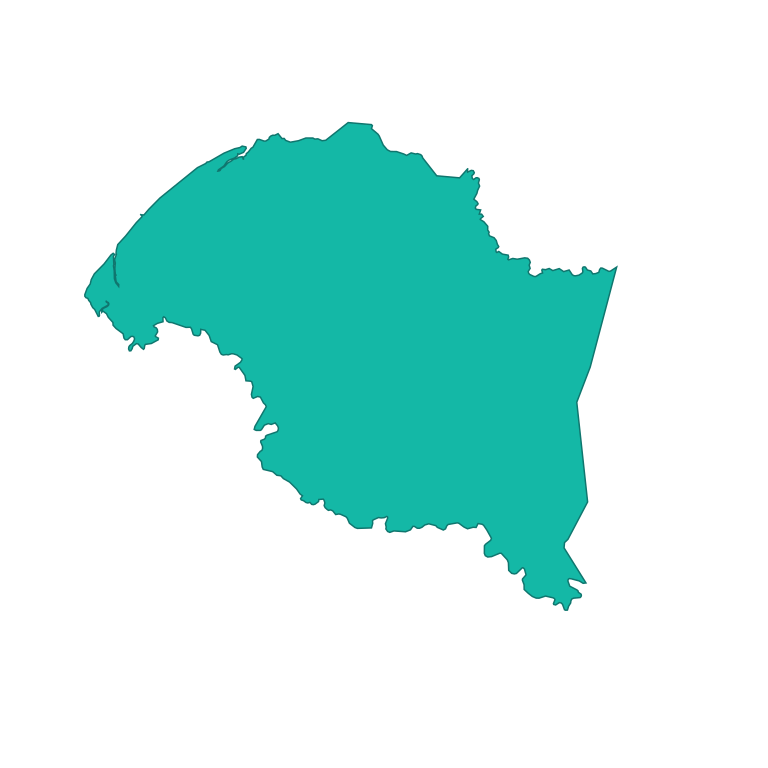 Los Santos, Los Santos, Panama, rotated 252°
{"feature_id": "35544464B37461869790758", "entity_name": "Los Santos", "entity_type": "district", "adm_level": 2, "iso_a3": "PAN", "parent_name": "Panama", "parent_adm1": "Los Santos", "projection": "orthographic", "projection_center": [-80.429, 7.876], "detail": "fine", "context": "isolated", "style": "filled", "palette": "teal", "viewbox_px": 768, "rotation_deg": 252, "n_neighbors": 0, "source": "geoboundaries", "source_scale": "gbopen_adm2", "svg_char_len": 6159}
<svg xmlns="http://www.w3.org/2000/svg" viewBox="0 0 768 768"><g transform="rotate(252 384 384)"><path d="M300.7,269.2L299.3,269.5L297.9,271.4L295.4,273.2L294.4,274.8L294.3,277.0L291.9,278.0L291.1,279.5L291.0,281.2L292.4,285.4L294.3,286.3L293.3,290.6L292.0,291.1L289.2,291.0L286.8,289.5L284.6,289.8L282.3,291.1L281.0,292.1L280.8,294.2L279.3,296.0L274.8,297.7L274.4,300.7L273.6,302.3L269.6,306.7L267.7,307.6L262.3,308.1L256.5,312.0L254.9,314.1L251.0,327.6L254.9,330.2L257.5,330.8L258.1,331.8L258.7,337.5L257.5,339.9L256.8,343.0L257.2,345.7L256.5,346.3L255.4,346.1L250.7,342.2L247.3,341.9L245.6,341.0L242.6,341.9L241.1,343.7L241.2,348.0L236.8,358.8L237.1,364.1L239.7,367.5L239.1,369.0L236.6,371.0L235.8,373.2L236.0,375.8L237.3,379.2L237.2,383.4L233.3,389.5L231.2,390.4L226.8,395.3L227.2,397.7L229.7,399.9L230.6,401.6L229.3,410.8L228.4,412.2L223.2,415.9L220.5,418.7L220.2,424.5L219.1,427.3L222.2,430.3L220.3,434.0L218.8,435.1L213.2,436.7L204.1,438.5L202.4,437.2L200.2,431.0L199.1,429.5L191.9,427.1L189.4,427.3L187.4,429.2L186.6,433.0L187.3,441.6L186.8,443.2L178.7,446.9L175.6,447.1L168.2,445.0L164.5,446.9L163.1,449.3L162.9,451.4L166.5,458.8L166.0,459.7L164.6,460.4L158.6,460.1L155.8,455.5L154.7,455.0L149.8,455.2L145.3,453.8L140.4,456.5L136.1,459.4L133.4,462.5L132.4,465.3L132.4,472.1L128.3,478.9L127.2,479.8L126.1,480.0L122.8,477.3L121.9,477.3L120.8,479.0L121.9,483.1L121.1,484.8L119.3,485.7L113.5,485.9L112.7,486.9L112.3,488.6L115.6,490.9L118.0,493.8L120.1,494.8L121.5,496.2L121.7,498.2L120.3,504.5L120.9,505.7L122.0,506.4L123.2,506.5L125.8,504.5L127.3,504.6L128.5,503.9L134.3,498.2L139.9,498.0L141.3,498.9L141.7,500.1L140.8,502.0L136.4,508.8L132.9,511.8L132.4,514.6L172.5,504.6L177.4,506.7L179.4,510.9L208.9,541.2L307.1,561.7L336.3,585.3L423.3,641.4L421.4,634.3L421.6,632.7L426.6,627.6L427.3,626.1L426.3,624.5L423.8,622.8L423.6,619.5L424.2,616.6L427.6,615.6L429.6,612.6L432.9,611.7L433.6,610.5L433.6,609.4L432.6,608.4L429.2,607.8L428.3,606.8L427.3,603.1L427.7,599.5L428.4,598.0L429.8,596.8L435.2,595.3L435.4,589.6L439.6,586.3L439.7,579.6L442.8,576.8L442.8,573.0L444.2,570.1L443.6,569.3L440.6,569.1L440.6,566.7L439.3,561.6L439.9,559.9L443.2,556.4L444.6,555.8L446.4,555.9L448.8,558.7L452.2,558.8L454.5,560.7L457.0,560.6L459.2,559.5L460.5,556.8L461.5,549.3L463.6,545.3L463.6,540.8L464.4,540.3L466.3,541.8L468.2,541.9L470.9,536.8L474.6,534.1L474.2,532.0L475.0,531.5L477.6,531.9L478.5,534.9L479.3,535.6L481.7,535.0L485.8,535.1L489.1,533.9L492.3,530.1L494.6,529.9L495.9,530.9L498.4,530.2L501.9,531.4L507.3,529.2L510.7,526.4L511.4,526.9L512.7,530.2L515.4,529.3L516.1,527.1L519.7,529.7L521.6,525.7L523.1,525.2L524.9,526.4L525.7,528.6L526.5,529.2L528.7,528.7L532.0,526.5L536.5,531.2L539.2,532.9L542.7,536.1L545.9,535.9L548.8,537.8L550.2,537.8L551.4,536.4L551.7,535.2L550.8,532.5L552.2,531.5L554.9,531.9L556.2,534.5L557.2,535.2L559.3,534.8L560.2,533.0L559.7,529.0L562.0,529.6L563.1,530.5L556.7,519.6L565.7,498.5L587.0,490.7L589.2,490.6L590.8,489.8L592.8,487.0L592.9,485.3L595.4,481.2L594.4,476.2L596.7,473.8L601.2,467.7L603.1,462.1L605.7,459.5L611.5,457.1L621.3,456.1L623.4,455.5L630.7,451.0L633.3,452.8L634.6,452.2L643.7,430.7L633.8,403.9L634.5,400.3L637.6,396.9L638.3,393.9L639.9,392.4L642.1,385.7L641.8,377.9L642.9,369.7L646.1,365.7L648.3,365.0L649.0,362.8L654.8,360.6L654.3,357.0L655.0,355.0L654.8,352.9L654.0,351.2L652.5,350.2L651.6,346.6L652.1,345.0L655.1,341.1L655.7,339.1L649.7,332.5L649.2,330.5L646.6,326.7L645.6,324.2L644.1,323.4L643.2,320.4L640.7,319.7L644.0,319.4L644.5,316.5L644.0,312.8L644.3,310.5L643.2,307.6L642.5,303.8L640.1,299.5L639.3,295.8L637.8,294.2L637.6,292.9L637.8,291.8L638.9,292.8L640.8,299.1L644.1,303.4L644.9,306.2L645.1,311.5L646.2,315.2L648.1,316.1L647.3,317.2L647.7,322.0L650.7,325.8L652.2,325.9L654.1,322.6L653.4,320.0L653.9,314.7L653.0,303.2L649.4,286.2L649.8,284.3L648.8,282.5L647.4,273.4L630.2,228.5L622.8,214.2L619.0,208.0L619.8,205.6L620.7,204.6L618.7,205.8L617.8,205.4L614.0,198.3L604.6,184.0L598.9,173.9L594.2,170.9L591.0,169.5L590.2,169.7L585.4,166.1L582.2,165.9L576.9,163.7L571.3,162.4L570.4,162.8L570.0,161.9L565.0,161.0L563.6,161.0L560.6,162.5L558.8,161.8L563.1,160.2L567.4,160.1L575.0,162.4L580.0,163.2L581.2,164.0L589.1,166.1L590.4,167.8L592.0,166.8L591.1,164.2L584.7,154.9L578.3,142.6L573.7,137.8L569.9,135.5L566.7,131.2L561.5,127.1L559.9,126.6L558.2,127.2L556.9,128.8L554.8,129.0L552.0,130.1L550.4,129.9L546.6,130.6L544.3,131.9L536.6,133.1L536.4,133.9L537.0,134.5L540.5,135.5L543.0,139.2L544.3,146.0L546.0,146.7L547.7,145.3L549.2,145.3L548.0,145.6L546.6,147.0L545.2,147.1L544.0,146.3L543.2,144.5L542.7,140.3L541.2,138.4L539.5,137.8L540.2,139.2L536.6,141.8L532.6,142.4L526.3,145.2L523.6,144.5L519.6,146.3L512.4,151.4L508.0,150.9L506.1,151.6L505.4,153.7L507.4,158.0L506.9,159.9L505.9,160.7L503.9,160.7L502.0,159.2L500.4,157.3L499.1,153.9L498.0,152.7L496.2,151.9L494.2,152.1L493.8,153.5L495.4,155.4L497.5,156.8L498.9,161.0L498.0,162.6L493.6,164.4L491.3,166.0L491.9,167.0L494.7,168.4L495.4,169.4L494.4,175.3L495.8,182.9L497.3,183.6L499.6,181.5L500.4,181.3L503.5,184.8L506.0,185.3L507.8,184.7L509.4,183.0L510.7,182.8L511.7,187.2L511.5,193.1L515.4,194.2L516.0,195.3L514.6,196.5L511.0,197.0L509.0,198.7L507.9,201.4L499.0,213.2L497.8,217.4L495.9,218.0L490.3,217.9L489.0,218.6L487.3,222.0L487.3,223.7L489.0,225.3L492.6,226.6L490.4,230.4L484.2,232.7L477.7,232.8L472.8,237.8L465.1,237.8L462.5,238.5L461.3,240.0L460.7,243.3L459.9,244.8L459.9,248.3L459.4,249.8L457.1,253.1L452.0,256.8L450.8,256.3L449.0,254.2L447.0,247.9L444.5,246.5L443.8,247.2L445.0,250.3L444.5,251.5L435.1,254.4L429.7,253.7L427.9,258.0L427.0,258.9L422.0,258.7L415.1,254.7L412.2,254.4L410.8,255.2L411.2,260.0L409.7,262.4L403.3,263.5L400.9,264.8L398.8,265.0L383.6,248.2L380.9,246.5L379.4,248.1L378.1,252.0L378.4,253.3L381.8,257.5L382.1,261.6L380.4,264.3L380.6,268.5L377.0,269.9L374.8,270.0L372.6,268.9L371.6,267.5L371.5,256.9L371.0,255.3L369.4,254.6L368.5,253.3L368.3,249.5L367.0,248.8L362.4,249.2L360.4,248.7L358.6,247.4L358.2,245.5L355.9,241.9L353.7,241.0L348.1,243.5L342.7,242.5L340.1,242.8L335.1,251.0L330.3,253.9L328.6,257.5L325.1,259.1L319.9,263.9L311.2,268.4L305.3,270.2L302.9,271.9L300.7,269.2Z" fill="#14b8a6" stroke="#0f766e" stroke-width="1.5"/></g></svg>